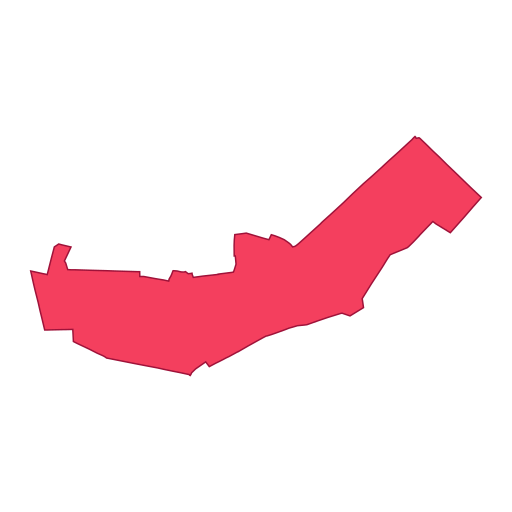 Camin, Satu Mare, Romania
{"feature_id": "2599482B5229850470512", "entity_name": "Camin", "entity_type": "district", "adm_level": 2, "iso_a3": "ROU", "parent_name": "Romania", "parent_adm1": "Satu Mare", "projection": "robinson", "projection_center": [22.488, 47.743], "detail": "fine", "context": "isolated", "style": "filled", "palette": "rose", "viewbox_px": 512, "rotation_deg": 0, "n_neighbors": 0, "source": "geoboundaries", "source_scale": "gbopen_adm2", "svg_char_len": 2599}
<svg xmlns="http://www.w3.org/2000/svg" viewBox="0 0 512 512"><path d="M470.5,187.3L455.4,172.7L446.6,164.3L440.0,157.7L432.9,151.0L426.0,144.2L423.8,142.1L421.5,139.9L420.4,138.8L419.3,137.9L418.7,137.8L416.4,138.3L415.9,138.0L415.7,137.6L415.7,137.2L415.0,136.5L413.7,137.7L412.5,139.0L412.0,139.6L402.2,148.6L399.1,151.5L389.4,160.2L380.1,168.8L372.4,175.8L363.5,183.6L352.8,193.6L343.4,202.7L332.2,213.0L323.0,221.3L321.5,222.7L320.5,223.8L311.0,232.4L303.4,239.3L298.5,243.7L296.0,245.7L294.8,246.4L292.6,246.9L291.9,246.0L290.6,244.4L288.8,242.9L284.4,239.8L283.6,239.4L279.4,237.5L274.9,235.8L271.3,234.7L270.0,237.5L269.7,238.1L268.9,239.7L262.7,238.0L246.3,233.1L241.2,233.8L234.8,234.6L234.3,240.0L234.1,245.4L234.2,256.0L235.3,256.0L236.0,263.6L236.0,264.3L234.0,270.7L233.6,271.5L233.5,271.9L233.4,272.1L232.7,272.2L231.8,272.4L227.0,273.0L218.3,274.1L218.4,274.4L202.8,276.1L193.3,277.4L192.2,274.5L192.0,273.2L190.4,273.5L188.2,273.7L187.6,273.3L186.5,272.4L185.4,271.6L184.7,271.9L183.9,272.0L182.6,272.0L181.0,271.9L177.3,271.0L173.5,270.7L173.0,270.8L171.7,274.2L170.8,276.2L169.1,279.1L168.7,281.1L163.7,280.0L158.7,279.2L154.6,278.5L143.8,276.5L139.8,276.5L139.7,271.7L138.2,271.7L114.5,271.0L106.1,270.7L91.0,270.3L74.8,269.8L71.0,269.8L67.7,269.6L65.7,263.0L64.4,261.0L67.7,254.0L71.0,247.0L62.1,244.9L58.7,244.0L58.4,244.2L56.5,245.5L54.5,246.8L54.3,247.0L54.2,247.2L54.2,247.5L53.8,249.0L51.3,258.5L48.4,270.0L47.2,274.6L45.7,274.2L43.1,273.7L31.7,271.2L30.7,271.0L31.5,274.5L33.4,283.1L34.1,286.1L35.0,289.9L38.2,302.5L40.0,310.5L42.1,319.1L44.7,330.0L47.2,330.0L49.7,329.9L63.1,329.6L64.6,329.6L72.8,329.4L73.4,341.5L77.1,343.4L89.6,349.3L97.0,353.1L101.8,355.2L103.5,356.0L105.5,357.2L106.5,358.0L121.7,361.0L133.3,363.3L146.8,365.9L158.0,368.0L163.7,369.3L172.9,371.2L180.5,372.7L188.8,374.5L189.3,374.6L189.6,375.2L190.2,375.5L190.7,374.7L191.0,374.2L191.6,372.8L195.6,368.9L205.7,361.9L209.3,366.6L215.7,363.2L219.0,361.6L223.5,359.3L226.1,357.9L228.9,356.6L237.9,351.7L238.0,351.8L248.0,346.0L262.6,337.9L266.2,336.0L266.8,336.0L271.3,334.6L275.6,333.1L285.0,329.7L289.1,328.1L293.7,326.8L297.4,325.7L304.6,325.0L306.9,324.7L318.2,320.7L327.9,317.4L340.8,313.4L342.1,313.2L350.0,315.9L363.5,307.6L362.8,302.6L362.2,298.6L371.4,283.8L382.2,267.3L387.5,258.7L390.2,254.7L396.2,252.2L398.0,251.5L407.2,247.7L408.5,246.7L413.3,242.0L419.0,236.0L420.0,234.8L426.7,227.8L431.4,223.0L431.6,222.7L432.9,221.5L435.8,223.8L450.3,232.7L456.9,225.3L464.8,216.4L472.8,207.1L480.4,198.5L481.3,197.5L472.6,189.3L470.5,187.3Z" fill="#f43f5e" stroke="#9f1239" stroke-width="1.5"/></svg>